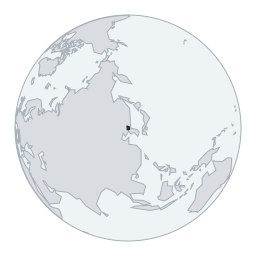 globe centered on Chagang-do, rotated 311°
{"feature_id": "PRK-3310", "entity_name": "Chagang-do", "entity_type": "Province", "adm_level": 1, "iso_a3": "PRK", "parent_name": "North Korea", "parent_adm1": "", "projection": "orthographic", "projection_center": [126.424, 40.896], "detail": "fine", "context": "on_globe", "style": "filled", "palette": "slate", "viewbox_px": 256, "rotation_deg": 311, "n_neighbors": 0, "source": "natural_earth", "source_scale": "10m", "svg_char_len": 11847}
<svg xmlns="http://www.w3.org/2000/svg" viewBox="0 0 256 256"><g transform="rotate(311 128 128)"><circle cx="128" cy="128" r="113" fill="#eef3f6" stroke="#a8b0b8"/><path d="M215.1,193.6L215.0,194.1L214.9,194.2L215.1,193.6ZM211.9,52.8L212.5,53.5L214.0,55.3L212.7,54.2L213.4,56.0L209.1,54.4L199.1,48.6L199.6,47.6L197.1,46.6L196.3,47.9L196.3,49.0L186.7,49.3L182.7,55.8L185.2,60.3L181.7,57.7L188.9,68.0L189.1,74.3L186.6,65.8L184.6,63.9L183.6,67.4L181.3,66.2L179.5,67.4L176.9,65.8L175.6,61.3L173.8,60.3L173.2,62.8L170.2,63.0L171.3,59.4L166.2,59.6L163.1,52.6L168.2,45.3L164.3,41.2L163.6,33.3L161.4,33.1L159.8,30.4L156.6,29.4L157.4,28.5L154.2,28.5L154.1,29.5L152.7,30.0L150.8,29.5L151.5,28.2L152.5,28.2L151.7,27.6L152.9,27.2L151.2,27.1L152.3,25.8L148.5,26.5L147.0,24.9L148.4,24.2L151.9,25.1L163.7,26.4L166.2,26.4L166.3,25.3L158.9,21.2L160.2,21.0L159.3,20.2L157.0,19.8L156.8,20.3L152.2,19.5L152.6,20.5L150.8,20.5L149.7,21.4L146.0,20.5L143.0,19.2L143.7,18.4L142.4,17.9L138.6,18.2L136.9,16.7L130.6,15.7L136.1,15.7L144.0,16.6L148.8,17.3L156.8,19.1L164.6,21.5L172.3,24.4L179.7,27.9L186.8,31.9L193.6,36.5L200.1,41.5L206.2,46.9L211.9,52.8ZM146.4,16.9L142.6,16.3L146.4,16.9ZM232.2,115.0L231.2,113.2L232.1,113.1L232.2,115.0ZM230.4,113.0L230.8,113.4L230.5,113.2L230.4,113.0ZM230.0,113.4L230.3,113.1L230.1,113.7L230.0,113.4ZM229.6,114.3L229.8,113.7L229.8,113.9L229.6,114.3ZM228.5,115.0L228.2,115.1L228.3,114.4L228.5,115.0ZM196.7,49.8L196.5,48.1L198.1,47.5L198.6,49.0L196.7,49.8ZM193.4,51.4L192.6,50.2L195.5,51.0L195.0,51.5L193.4,51.4ZM187.5,63.9L187.7,62.0L188.2,64.2L187.5,63.9ZM179.7,67.8L180.4,68.7L179.2,68.9L179.7,67.8ZM151.8,21.9L150.8,21.7L151.5,21.6L151.8,21.9ZM152.3,22.6L153.9,22.7L154.4,23.1L153.4,23.0L152.3,22.6ZM174.0,66.8L171.9,67.0L173.8,66.0L174.0,66.8ZM150.3,22.4L155.0,23.7L155.8,24.4L152.7,24.8L150.3,22.4ZM170.5,66.6L165.3,67.3L166.3,69.4L160.5,64.2L166.8,65.2L169.1,63.5L169.0,65.4L170.5,66.6ZM154.9,30.1L154.9,28.9L156.6,30.3L154.9,30.1ZM156.3,30.9L163.6,35.2L162.6,36.8L160.4,35.0L160.5,37.7L156.5,36.4L155.5,34.6L156.9,33.7L154.3,34.0L156.3,30.9ZM158.2,61.4L156.7,61.0L158.0,60.6L158.2,61.4ZM152.2,30.2L153.8,30.9L153.1,32.3L149.8,31.4L151.1,31.2L152.2,30.2ZM162.5,39.1L161.4,40.1L157.8,39.3L156.9,39.6L156.3,36.5L162.5,39.1ZM150.3,30.6L148.2,30.9L146.8,29.8L150.7,29.8L150.3,30.6ZM154.2,33.2L153.7,33.9L153.0,33.1L154.2,33.2ZM140.8,26.6L142.7,27.1L142.5,27.9L140.8,26.6ZM147.5,31.0L147.9,31.4L148.1,31.8L146.4,31.8L147.5,31.0ZM153.8,36.2L152.5,35.7L153.9,37.5L151.2,37.1L151.3,35.1L150.1,35.8L149.3,35.7L150.3,34.2L153.8,36.2ZM145.1,33.0L144.3,30.6L140.9,29.4L141.0,28.6L146.5,30.8L145.1,33.0ZM148.1,33.8L146.3,33.1L147.3,32.4L149.2,32.5L148.1,33.8ZM149.4,37.6L153.4,38.7L153.3,39.1L149.4,37.6ZM143.9,32.8L144.1,33.4L143.6,32.8L143.9,32.8ZM147.5,36.2L148.9,36.5L148.7,37.0L147.5,36.2ZM143.4,34.4L143.1,33.6L144.4,33.5L143.4,34.4ZM145.1,35.3L144.5,35.9L145.0,34.0L145.8,35.4L145.1,35.3ZM147.0,36.6L147.4,37.0L146.5,36.4L147.0,36.6ZM138.7,35.1L139.1,32.8L141.9,32.7L141.2,34.9L138.7,35.1ZM55.5,41.8L48.2,49.8L46.6,51.7L43.9,53.7L35.1,66.1L36.5,65.9L32.1,76.0L31.5,81.3L37.6,76.9L38.7,68.1L42.4,63.7L44.4,68.2L44.0,76.5L45.5,75.1L48.7,67.8L51.6,67.8L50.2,65.2L48.5,67.6L47.5,66.1L49.0,63.9L50.0,63.9L51.0,61.1L46.0,62.1L43.8,64.7L44.5,59.6L40.9,63.5L40.0,63.2L45.8,56.5L47.5,55.4L55.8,46.7L54.0,47.4L46.1,55.7L47.2,54.0L44.7,55.4L47.5,53.0L56.6,44.1L59.2,40.3L57.4,40.3L58.3,39.5L67.1,33.3L70.6,31.2L64.0,36.3L66.0,35.5L71.9,32.1L69.4,34.1L71.0,33.4L68.9,35.5L70.5,36.6L69.0,38.7L73.9,37.8L73.9,38.8L71.0,39.0L68.2,40.5L65.3,46.4L65.9,47.1L69.4,46.1L68.1,48.0L71.8,46.3L72.2,49.6L74.8,44.3L78.9,43.5L81.5,44.8L83.3,43.7L79.1,41.5L77.0,41.6L74.5,43.1L69.2,42.9L69.3,41.2L76.6,38.2L77.6,35.7L82.8,34.8L90.9,40.5L92.0,44.0L85.0,51.6L82.2,51.2L83.4,48.2L78.4,51.9L80.7,51.2L79.6,52.9L83.3,52.8L82.7,54.1L87.2,52.0L86.9,53.6L84.1,54.9L89.2,56.5L89.8,59.8L91.2,59.6L92.6,58.5L92.4,63.6L93.5,63.3L93.9,61.4L96.4,59.6L100.6,58.4L100.3,60.3L98.7,60.9L95.0,65.3L90.9,67.0L91.2,67.6L94.7,66.6L99.3,61.3L101.9,60.1L100.1,62.7L101.0,61.7L102.2,61.7L103.1,63.5L105.2,60.7L119.0,59.4L122.1,63.1L119.0,65.3L128.3,67.2L131.1,71.8L131.6,70.0L136.3,70.0L135.5,68.6L136.1,67.7L147.9,67.9L150.4,69.6L156.0,68.2L156.2,67.4L154.7,66.0L160.5,64.2L166.3,69.4L165.5,71.0L169.7,73.3L167.3,76.8L167.2,81.0L162.1,83.9L162.5,87.2L164.1,87.7L165.8,92.9L163.8,101.9L158.4,92.0L160.0,79.2L158.7,84.0L156.9,82.3L155.2,83.7L154.5,87.3L155.7,88.1L143.8,91.5L137.8,100.6L143.4,100.9L145.8,104.3L143.9,116.3L129.7,130.2L132.8,136.0L132.3,139.3L128.1,140.8L128.7,135.9L125.4,133.5L126.3,130.6L119.8,131.7L120.9,127.7L115.3,130.7L116.3,134.3L121.7,134.6L116.3,139.3L120.5,145.8L119.8,152.5L109.0,161.9L99.7,163.1L98.9,164.9L95.8,161.7L90.8,164.2L95.8,176.8L95.3,179.8L87.6,183.2L87.6,181.0L79.4,172.6L77.2,179.1L83.4,187.1L85.5,194.3L80.4,190.6L78.3,184.1L75.5,180.9L76.8,175.1L75.3,164.8L70.3,164.4L71.1,160.7L68.4,150.8L61.4,149.8L49.9,153.9L47.5,162.6L44.0,164.2L41.6,147.3L43.4,137.6L40.8,136.2L39.9,124.7L33.3,114.8L33.9,111.7L32.3,110.8L31.9,105.2L33.4,100.3L32.4,98.3L28.8,111.2L30.0,113.5L33.2,112.7L31.7,116.5L32.4,122.8L26.2,125.5L18.9,118.2L20.8,111.1L28.6,85.9L29.9,84.6L30.0,84.4L30.3,83.9L28.3,85.6L30.5,81.2L23.6,96.6L21.3,102.1L18.8,118.4L18.4,118.6L18.4,122.9L21.4,128.5L20.9,130.6L17.8,136.2L15.8,138.3L15.4,130.0L15.5,121.7L16.3,113.4L17.7,105.1L19.7,97.0L22.3,89.1L25.5,81.4L29.2,73.9L33.5,66.7L38.3,59.9L43.5,53.5L49.3,47.4L55.5,41.8ZM40.9,89.0L42.4,94.2L46.3,88.1L47.2,89.7L48.2,87.2L46.6,87.7L49.7,81.2L52.0,82.4L54.2,80.3L53.8,78.5L49.1,77.6L44.6,86.6L42.3,87.0L40.9,89.0ZM134.3,15.5L130.8,15.5L132.1,15.4L129.9,15.4L134.3,15.5ZM141.3,16.2L138.6,15.9L141.8,16.2L141.3,16.2ZM81.7,28.9L79.5,30.0L78.2,30.0L80.0,28.1L82.0,27.9L81.7,28.9ZM76.8,31.6L83.6,29.5L82.7,30.9L82.0,30.5L80.8,31.6L79.4,31.2L72.0,34.8L70.3,35.1L74.5,30.9L74.1,32.0L76.2,30.7L76.8,31.6ZM102.4,24.1L105.3,23.9L99.6,27.1L97.6,27.0L99.2,24.8L102.7,23.7L102.4,24.1ZM143.9,23.1L145.4,23.2L145.2,23.5L143.8,23.7L143.9,23.1ZM141.7,26.7L137.3,22.9L138.7,22.8L134.4,21.0L136.5,20.2L139.3,21.3L137.7,19.5L141.1,20.2L139.6,19.0L145.5,21.6L148.4,22.4L144.3,21.8L142.2,22.5L142.2,23.1L144.4,25.3L149.7,27.6L148.5,28.9L146.2,29.2L144.8,28.8L146.0,28.1L143.2,28.2L143.8,26.8L141.7,26.7ZM120.3,35.7L122.4,34.3L116.7,35.5L117.4,33.6L116.7,33.9L115.8,32.5L113.4,31.5L114.2,30.7L113.0,30.6L112.3,29.8L110.9,29.5L111.8,28.1L110.1,27.7L111.5,27.3L108.3,26.9L111.1,26.6L110.6,25.7L108.2,26.5L116.9,20.8L118.4,19.1L118.1,18.0L122.9,17.9L126.3,19.0L128.3,20.9L126.2,22.7L128.8,22.5L128.5,23.4L126.6,23.2L129.4,24.0L128.7,24.7L130.5,27.2L135.0,28.2L135.8,29.3L133.6,29.2L135.9,30.3L132.4,31.0L132.8,31.9L129.8,33.5L125.4,33.2L126.3,34.2L124.0,35.6L120.3,35.7ZM137.8,35.5L132.4,35.2L130.1,34.2L136.3,31.8L136.3,30.9L140.2,29.6L143.5,31.2L142.0,31.4L141.4,32.0L140.7,31.3L140.8,32.3L138.9,32.7L138.5,33.7L136.8,33.3L137.8,35.5ZM47.0,52.0L46.1,53.1L45.3,54.6L43.8,55.7L47.0,52.0ZM53.1,45.8L52.6,46.5L50.0,48.5L50.9,47.4L53.1,45.8ZM54.6,45.4L52.8,46.4L54.3,45.2L54.6,45.4ZM70.8,39.7L70.6,40.6L69.8,41.0L68.8,40.9L70.8,39.7ZM103.7,39.5L105.3,38.7L105.8,39.0L109.8,38.4L109.6,39.9L107.1,40.8L103.7,39.5ZM36.5,76.4L35.4,76.0L36.1,74.7L36.3,75.0L36.5,76.4ZM38.8,65.1L37.2,68.4L38.4,65.4L38.8,65.1ZM104.2,41.0L105.9,40.6L104.8,41.6L104.2,41.0ZM109.7,41.0L108.8,42.1L110.1,40.0L109.7,41.0ZM20.8,162.7L20.6,161.7L22.6,167.6L22.7,167.9L20.8,162.7ZM113.6,214.2L117.1,215.0L117.0,215.3L113.6,214.2ZM109.9,212.5L113.9,213.2L109.3,213.2L109.9,212.5ZM115.4,213.4L119.4,213.3L121.2,212.9L120.9,213.6L115.4,213.4ZM107.3,212.1L93.2,208.9L87.8,206.5L89.0,205.5L97.8,208.1L107.3,212.1ZM88.6,205.3L80.4,198.9L70.0,182.7L73.7,184.5L84.7,195.9L84.0,196.9L88.9,201.6L88.6,205.3ZM108.7,202.8L108.0,206.3L100.1,204.5L96.6,203.1L94.2,197.7L95.5,195.6L98.4,196.4L109.9,190.0L113.9,192.8L110.2,195.9L113.4,199.8L108.7,202.8ZM47.8,163.7L49.2,170.4L47.3,170.0L47.8,163.7ZM115.0,184.4L110.1,187.6L114.7,183.0L115.0,184.4ZM118.0,179.7L118.1,181.8L116.4,179.5L118.0,179.7ZM98.4,167.9L95.4,167.6L95.5,166.0L99.5,165.5L98.4,167.9ZM119.3,158.0L118.5,162.7L117.7,164.2L116.6,161.2L119.3,158.0ZM105.2,54.5L99.8,53.5L95.7,54.1L93.3,56.4L94.4,52.9L100.6,52.0L105.2,54.5ZM117.3,58.5L119.4,56.7L120.1,58.0L119.7,58.5L117.3,58.5ZM117.5,57.1L117.1,54.2L119.3,53.5L119.2,55.9L117.5,57.1ZM110.4,47.1L108.8,46.6L109.8,45.8L110.4,47.1ZM155.4,237.0L154.8,236.6L159.7,235.5L158.1,236.3L155.4,237.0ZM194.5,218.9L194.8,218.7L195.5,218.0L194.5,218.9ZM136.2,235.1L114.5,236.6L109.6,235.6L110.4,234.7L105.1,230.0L106.7,230.3L105.1,227.0L117.7,225.8L126.6,220.4L134.1,221.1L139.4,216.4L147.3,216.6L145.2,220.4L153.6,222.1L158.7,213.4L164.4,221.2L170.9,222.6L173.3,226.0L163.8,233.4L157.8,235.5L156.4,235.4L153.9,236.3L149.8,236.8L147.0,235.7L144.6,236.4L146.7,234.9L143.4,236.4L141.0,235.4L136.2,235.1ZM192.5,212.1L193.8,211.8L196.0,211.9L193.9,212.7L192.5,212.1ZM211.8,197.5L212.5,197.5L211.1,198.7L211.8,197.5ZM214.9,194.2L213.2,195.7L215.1,193.6L214.9,194.2ZM198.8,205.0L199.5,205.2L198.9,205.6L198.8,205.0ZM198.2,205.1L198.9,204.0L198.9,204.8L198.2,205.1ZM191.9,203.1L192.6,202.4L193.0,202.6L191.9,203.1ZM122.3,215.6L127.1,213.4L129.8,213.4L122.3,215.6ZM190.7,202.5L188.8,203.1L189.0,202.5L190.7,202.5ZM190.8,201.3L190.6,200.7L191.8,201.9L190.8,201.3ZM187.1,200.9L189.5,201.5L186.8,201.2L187.1,200.9ZM185.7,201.5L184.0,201.4L184.1,201.2L185.7,201.5ZM167.3,206.5L173.5,209.7L168.6,210.5L163.1,208.7L159.0,211.7L149.6,212.0L151.7,210.3L150.4,207.9L140.8,207.2L138.9,205.5L142.2,204.4L136.0,202.9L142.8,202.3L145.7,205.7L149.5,202.9L156.3,203.2L163.0,203.6L168.5,205.4L167.3,206.5ZM143.0,209.8L144.2,209.8L143.2,210.8L143.0,209.8ZM180.8,200.4L183.3,201.4L183.0,201.9L181.8,201.9L180.8,200.4ZM169.8,204.6L175.7,200.8L177.1,200.5L173.2,204.4L169.8,204.6ZM174.2,199.2L177.0,199.1L178.5,200.3L177.9,200.9L174.2,199.2ZM129.1,206.3L128.9,207.2L127.1,206.3L129.1,206.3ZM131.4,205.8L136.6,207.1L130.9,206.6L131.4,205.8ZM115.8,201.0L117.2,203.5L121.9,202.5L118.4,204.3L121.6,208.3L120.6,209.6L117.3,205.2L116.3,209.2L114.2,208.8L113.0,205.2L115.1,201.0L117.1,199.4L125.7,199.6L115.8,201.0ZM131.3,203.0L129.9,200.2L131.0,198.4L132.5,200.0L131.3,203.0ZM126.0,193.1L122.5,189.4L119.2,190.3L126.0,186.2L128.2,190.5L126.0,193.1ZM123.3,185.3L120.2,186.1L123.5,183.7L123.3,185.3ZM119.5,184.9L119.3,182.4L121.6,183.0L119.5,184.9ZM124.9,185.6L125.7,181.5L126.8,184.1L124.9,185.6ZM118.7,176.7L123.5,181.4L117.0,178.8L117.4,170.6L120.2,170.8L118.7,176.7ZM138.9,143.6L138.6,141.0L141.3,140.6L140.8,142.5L138.9,143.6ZM150.0,137.6L142.0,139.7L135.4,141.6L137.2,142.9L135.2,147.1L132.9,142.8L137.9,138.4L142.7,137.8L144.0,134.1L147.9,131.8L147.9,127.1L149.8,125.2L151.3,129.3L150.0,137.6ZM147.7,125.1L149.1,117.0L154.1,118.3L154.9,120.4L152.1,123.5L149.7,122.6L147.7,125.1ZM150.9,115.5L148.6,114.6L145.7,102.2L146.3,100.0L151.1,109.7L149.2,109.5L149.0,112.4L150.9,115.5ZM156.9,62.1L156.7,61.1L157.8,62.0L156.9,62.1ZM135.5,66.9L136.4,66.0L137.6,66.8L135.5,66.9ZM139.7,63.8L137.7,63.5L139.9,63.0L139.7,63.8ZM133.3,63.0L137.0,63.0L133.2,64.1L133.3,63.0Z" fill="#d9dde1" stroke="#a8b0b8" stroke-width="1"/><path d="M128.7,126.2L128.8,126.2L128.8,126.3L128.8,126.5L128.7,126.7L128.7,126.8L128.8,126.9L128.7,126.9L128.7,127.0L128.8,127.0L128.9,127.3L128.9,127.5L129.0,127.6L129.3,127.5L129.3,127.4L129.4,127.5L129.4,127.8L129.3,128.0L129.4,128.3L129.2,128.3L129.1,128.5L128.9,128.6L128.8,128.8L128.7,129.0L128.6,129.3L128.4,129.4L128.4,129.5L128.2,129.6L128.0,129.8L127.9,129.7L127.7,129.7L127.4,129.4L127.2,129.3L126.9,129.2L126.7,129.0L126.7,128.9L126.8,128.8L126.8,128.7L126.7,128.6L126.5,128.4L126.7,128.2L126.8,128.2L126.8,128.3L126.9,128.2L127.0,128.1L127.3,128.0L127.4,127.9L127.5,127.9L127.5,127.7L127.8,127.5L127.8,127.4L127.9,127.2L128.0,127.2L128.1,126.9L128.2,126.7L128.3,126.5L128.4,126.4L128.5,126.4L128.7,126.2L128.7,126.2Z" fill="#64748b" stroke="#1e293b" stroke-width="1.5"/></g></svg>